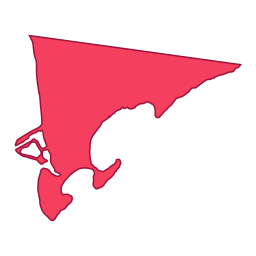 outline of Teliu, Palau
{"feature_id": "81905179B53694522517045", "entity_name": "Teliu", "entity_type": "district", "adm_level": 2, "iso_a3": "PLW", "parent_name": "Palau", "parent_adm1": "", "projection": "mercator", "projection_center": [134.229, 6.987], "detail": "fine", "context": "isolated", "style": "filled", "palette": "rose", "viewbox_px": 256, "rotation_deg": 0, "n_neighbors": 0, "source": "geoboundaries", "source_scale": "gbopen_adm2", "svg_char_len": 4206}
<svg xmlns="http://www.w3.org/2000/svg" viewBox="0 0 256 256"><path d="M56.7,39.3L29.5,35.6L30.5,37.4L30.9,38.5L32.0,40.7L32.5,41.8L32.9,43.4L34.1,53.6L34.5,55.4L35.3,58.3L36.1,60.5L36.4,62.1L36.5,66.0L36.5,70.6L36.5,72.3L37.0,78.2L37.1,79.7L37.5,83.3L38.7,91.0L39.3,94.5L39.8,96.1L40.7,107.4L41.0,110.0L41.8,119.0L41.9,122.2L41.9,123.8L40.6,125.9L39.5,126.9L37.9,127.9L30.2,131.9L27.5,133.5L22.5,136.6L17.6,139.7L17.1,140.4L15.6,143.9L15.4,144.7L15.9,145.7L16.8,145.2L18.5,144.2L23.3,141.7L24.1,141.0L25.0,140.0L26.7,139.1L28.3,138.3L28.9,136.3L29.6,135.5L30.8,134.7L32.3,133.9L35.9,132.5L36.9,131.9L38.8,130.7L40.6,131.2L42.1,130.5L43.0,131.6L43.2,134.2L43.9,138.2L46.8,146.0L46.3,146.9L43.6,148.3L42.0,148.5L40.7,147.0L39.7,145.4L38.7,143.5L37.5,141.1L36.5,140.7L35.5,140.1L34.1,138.9L32.8,139.4L31.8,140.3L31.8,141.5L32.5,142.1L34.5,142.0L35.9,142.8L37.3,145.9L38.6,147.7L39.4,149.4L40.4,150.2L41.0,151.6L41.1,153.2L41.1,154.7L39.7,155.4L37.8,157.6L36.7,157.9L35.1,157.4L30.5,155.9L24.6,154.7L22.8,154.3L20.9,153.4L20.2,152.5L20.1,151.2L21.0,149.9L22.1,148.1L27.4,146.8L28.1,146.3L29.6,144.3L31.3,142.6L31.3,141.9L30.7,141.3L16.0,149.4L15.7,150.3L17.2,152.1L18.4,153.1L20.2,154.4L22.9,156.1L23.7,156.4L27.3,157.1L29.5,158.0L37.5,160.2L38.2,161.3L38.6,162.1L39.6,162.7L40.7,163.9L41.6,164.2L42.6,163.8L43.5,163.0L44.3,162.4L47.0,161.4L47.2,160.4L45.9,159.9L45.0,159.3L43.3,157.9L42.5,156.4L42.3,153.5L42.6,151.0L43.8,150.3L46.2,149.8L47.4,149.6L48.3,149.9L48.7,150.8L49.0,151.8L50.5,153.8L50.7,154.8L50.6,158.2L50.6,160.6L50.8,162.0L51.2,163.1L53.3,167.0L53.9,167.7L54.4,168.5L54.8,170.8L55.4,171.8L59.1,173.4L60.1,174.0L60.3,175.1L59.4,176.0L58.4,176.2L57.1,176.2L55.8,175.9L53.6,174.5L51.6,173.6L49.0,170.4L47.5,169.2L45.2,168.6L44.2,168.3L43.3,168.3L41.8,169.4L41.1,170.1L38.4,180.0L37.9,187.7L37.9,189.0L38.1,190.9L38.6,193.8L39.4,198.2L39.9,200.5L39.9,203.0L40.3,205.3L41.0,207.4L41.9,209.9L43.4,212.3L44.2,213.4L47.6,216.7L49.5,218.8L50.4,219.6L51.1,220.2L52.0,220.4L53.5,220.3L54.3,219.7L55.1,218.7L56.8,215.8L58.1,214.0L59.4,212.7L60.4,210.8L65.1,208.5L66.2,206.8L67.2,205.7L68.6,204.3L69.5,203.5L70.5,202.7L71.6,201.2L72.1,199.6L72.2,198.0L71.8,196.5L70.4,195.6L67.6,194.2L64.2,194.4L62.9,194.8L61.8,193.3L61.3,191.9L61.1,189.3L61.3,186.9L62.2,184.8L63.5,182.9L64.1,181.8L65.3,180.3L67.8,177.3L70.4,174.7L73.5,172.2L76.3,170.3L78.4,169.1L79.6,168.6L80.8,168.3L83.5,168.0L84.9,167.9L86.4,168.0L89.6,168.5L91.0,168.8L91.9,169.2L93.0,170.0L93.8,170.8L94.2,172.0L94.5,173.3L94.3,174.3L93.8,175.3L93.4,176.3L93.5,178.6L93.6,180.9L93.1,183.9L93.4,185.6L93.8,186.5L94.5,187.3L95.7,188.5L96.9,188.8L100.6,187.4L101.8,186.8L103.4,185.6L106.5,181.2L107.9,179.8L111.6,176.9L113.4,174.8L114.0,174.0L114.8,172.1L116.2,171.2L116.7,169.9L118.1,168.4L119.4,166.9L119.7,166.0L119.9,165.1L120.8,163.0L119.9,160.1L119.0,159.3L117.4,159.5L116.5,159.7L115.7,162.3L115.2,163.2L114.4,164.0L110.8,166.2L109.9,167.3L107.8,168.8L104.5,170.9L103.2,171.5L100.4,171.1L98.8,170.5L97.6,169.8L97.1,169.0L96.6,168.2L94.3,167.0L93.4,165.9L91.2,163.6L90.1,157.8L89.7,152.2L89.6,151.3L90.0,147.8L89.9,145.1L90.7,140.4L91.0,139.3L91.8,137.4L92.4,136.2L97.7,129.1L99.6,126.8L100.4,125.5L101.1,124.3L102.7,121.7L104.5,120.6L106.6,119.2L108.6,117.6L109.3,116.0L109.9,117.0L111.2,115.5L112.7,114.0L114.6,113.1L115.7,111.3L117.2,110.6L120.1,109.4L120.9,109.1L122.4,107.1L123.7,108.4L124.8,108.4L127.2,107.4L128.2,107.9L129.2,108.7L131.4,108.9L132.6,108.6L135.1,107.5L135.5,106.2L136.5,106.0L137.4,105.2L140.3,103.8L143.8,103.5L146.6,101.8L148.2,102.1L149.6,102.5L150.7,103.3L151.8,103.9L152.9,104.4L154.0,105.8L155.1,108.8L155.2,113.0L155.2,114.3L155.1,115.4L155.8,116.8L156.5,117.4L157.5,117.6L158.5,117.6L159.4,117.2L164.8,111.1L167.2,108.9L168.4,107.4L169.5,106.4L171.7,104.5L173.6,101.9L174.2,101.2L175.7,99.0L177.9,97.9L179.7,97.0L181.5,96.8L185.5,94.4L186.9,93.1L188.1,92.3L189.2,91.3L190.2,89.8L191.7,88.3L193.7,87.8L195.6,87.9L200.3,84.2L204.8,80.9L206.4,79.9L207.3,79.6L210.5,79.3L212.3,78.2L214.3,78.0L214.9,77.2L216.4,76.4L220.1,75.0L221.8,74.9L226.0,73.4L228.6,72.2L232.4,71.8L233.6,71.3L234.7,69.4L235.5,68.6L236.4,68.1L238.5,67.3L239.6,66.1L240.6,64.7L56.7,39.3Z" fill="#f43f5e" stroke="#9f1239" stroke-width="1.5"/></svg>